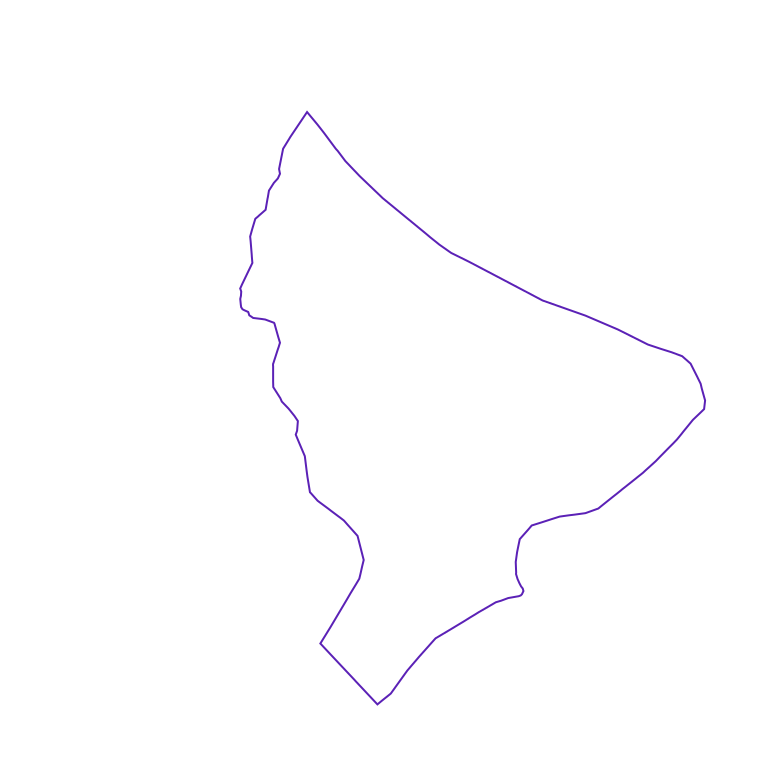 outline of Az Zuhrah, Al Hudaydah, Yemen, rotated 45°
{"feature_id": "15242507B61035382056720", "entity_name": "Az Zuhrah", "entity_type": "district", "adm_level": 2, "iso_a3": "YEM", "parent_name": "Yemen", "parent_adm1": "Al Hudaydah", "projection": "orthographic", "projection_center": [43.096, 15.722], "detail": "fine", "context": "isolated", "style": "outline", "palette": "violet", "viewbox_px": 768, "rotation_deg": 45, "n_neighbors": 0, "source": "geoboundaries", "source_scale": "gbopen_adm2", "svg_char_len": 2877}
<svg xmlns="http://www.w3.org/2000/svg" viewBox="0 0 768 768"><g transform="rotate(45 384 384)"><path d="M137.3,246.1L143.0,275.2L143.9,278.9L144.9,283.1L146.3,289.0L157.8,306.2L161.8,308.9L163.6,313.7L163.9,319.6L165.9,328.6L170.1,334.5L170.3,334.9L176.8,344.1L177.1,344.5L176.5,353.4L176.5,354.5L176.2,357.9L176.2,358.2L181.3,367.7L185.1,374.4L186.6,375.6L187.8,376.6L188.2,376.9L198.8,385.9L200.4,387.3L200.5,387.4L205.1,391.3L205.3,391.4L207.6,398.0L213.1,413.7L214.8,418.2L215.3,418.4L217.7,419.6L220.5,422.8L222.2,425.5L226.7,429.2L228.7,430.7L231.1,431.2L233.1,430.6L237.0,429.1L238.1,429.6L240.2,430.7L240.6,430.6L242.0,430.3L244.8,429.8L251.3,424.7L254.4,422.4L261.6,419.1L262.9,418.5L263.5,418.6L264.5,419.1L265.9,419.9L275.9,425.5L281.3,428.4L282.0,429.8L283.3,432.2L284.5,434.7L284.8,435.3L288.1,441.7L288.5,442.5L291.0,447.4L291.4,448.3L291.7,448.6L292.7,449.6L293.1,449.9L300.0,456.8L303.9,460.7L307.9,464.5L319.6,467.1L320.6,467.3L324.2,468.7L334.0,468.9L343.2,469.9L349.3,471.1L355.6,478.5L357.4,482.2L359.3,483.0L364.9,485.3L373.8,488.9L379.0,491.0L380.7,492.3L390.7,500.1L395.4,503.7L395.8,504.0L408.2,512.9L408.6,512.9L409.5,512.9L419.6,513.5L422.5,513.1L433.2,511.5L435.7,511.2L436.4,511.1L444.1,510.0L445.6,509.8L446.7,509.6L452.1,508.9L454.1,509.0L456.9,509.2L472.7,510.1L494.1,522.8L497.5,528.4L501.5,534.7L504.2,539.1L505.7,545.0L508.3,555.7L510.1,562.5L515.4,583.3L518.1,593.9L522.5,612.5L537.0,613.0L572.6,614.1L574.2,614.2L605.9,615.2L606.5,609.0L607.7,598.1L606.0,587.8L605.1,582.3L603.8,574.4L603.1,570.0L602.6,563.8L601.9,554.5L601.7,552.2L600.4,529.6L600.3,527.3L604.2,512.0L606.8,501.5L607.8,497.5L608.2,495.9L610.0,488.1L611.4,482.5L612.4,478.1L615.0,468.5L617.4,459.3L620.0,454.5L623.2,447.5L625.1,444.8L628.6,439.8L629.3,438.8L630.2,436.8L630.2,435.1L629.0,431.8L626.7,430.5L624.1,430.2L620.6,429.1L616.4,427.5L611.7,425.0L610.9,424.0L603.0,416.7L597.1,408.9L594.5,405.0L589.7,397.7L589.3,391.1L588.9,384.5L588.5,379.6L593.5,370.0L598.3,360.6L599.6,358.1L602.0,353.5L607.6,346.1L611.3,341.4L612.2,340.2L617.3,333.5L617.8,332.8L623.6,320.5L624.0,316.4L625.0,307.4L625.6,302.0L625.7,301.3L625.8,300.3L626.2,297.1L626.8,291.4L626.8,290.9L628.9,272.7L629.1,270.6L629.6,266.4L629.9,263.6L630.0,260.4L630.7,246.7L630.7,246.2L630.7,245.9L630.6,240.4L630.5,228.0L630.5,221.2L630.4,216.5L630.4,216.2L629.7,209.1L629.3,205.9L628.0,193.1L627.8,191.1L627.8,189.8L628.0,181.7L628.1,175.4L622.7,168.6L611.9,162.5L607.7,159.9L601.5,157.8L601.3,157.7L586.4,152.8L575.2,153.5L564.9,158.2L555.1,163.3L542.7,169.5L510.5,180.2L509.8,180.5L478.1,193.2L437.1,212.8L409.3,221.4L357.5,237.5L344.5,241.9L343.0,242.4L338.9,243.8L336.7,244.2L324.6,246.3L312.6,247.6L306.7,248.1L277.2,251.0L276.2,251.1L251.7,253.5L219.7,254.2L199.1,253.7L186.4,251.9L183.9,251.8L182.4,251.6L164.1,248.9L153.5,247.6L137.3,246.1Z" fill="none" stroke="#5b21b6" stroke-width="2"/></g></svg>